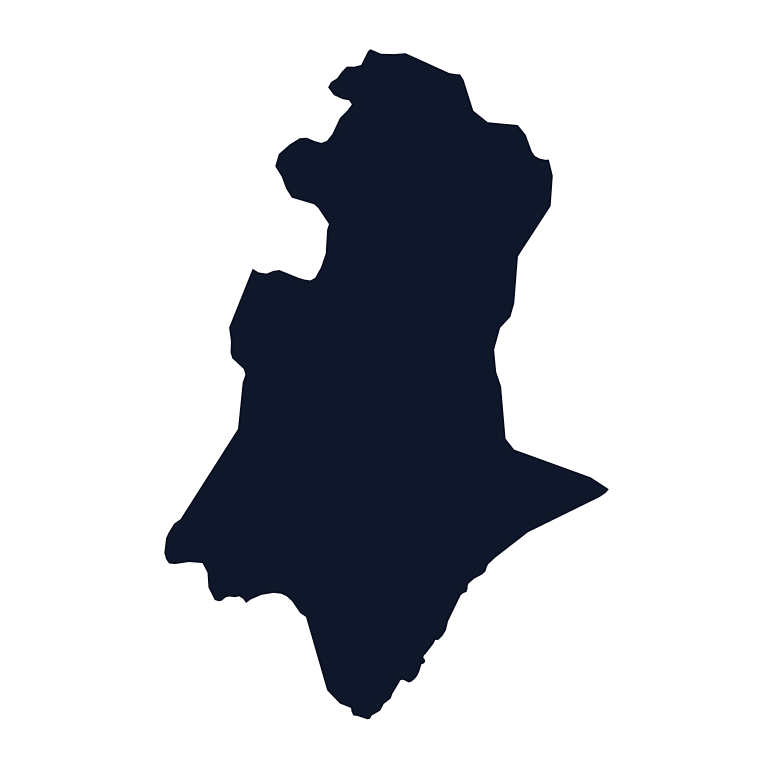 Lorestan, Albers equal-area conic projection, rotated 269°
{"feature_id": "IRN-3220", "entity_name": "Lorestan", "entity_type": "Province", "adm_level": 1, "iso_a3": "IRN", "parent_name": "Iran", "parent_adm1": "", "projection": "albers", "projection_center": [48.245, 33.479], "detail": "fine", "context": "isolated", "style": "filled", "palette": "ink", "viewbox_px": 768, "rotation_deg": 269, "n_neighbors": 0, "source": "natural_earth", "source_scale": "10m", "svg_char_len": 2141}
<svg xmlns="http://www.w3.org/2000/svg" viewBox="0 0 768 768"><g transform="rotate(269 384 384)"><path d="M718.1,376.3L713.5,386.5L712.9,400.2L713.6,411.1L693.0,454.4L691.9,460.3L691.5,465.0L686.5,468.1L655.2,477.4L643.2,491.9L639.8,521.9L630.2,529.4L613.4,535.2L608.6,538.4L605.8,543.6L604.5,549.6L604.7,552.1L589.2,555.6L559.3,553.0L509.6,519.4L462.7,514.9L449.4,510.9L438.5,500.4L416.5,493.9L394.0,495.6L379.2,500.3L326.9,503.8L315.5,512.5L286.3,588.8L274.7,605.8L272.0,603.4L267.9,597.2L234.0,525.0L209.3,492.0L202.4,484.3L199.3,482.7L195.3,481.5L192.6,478.4L188.5,470.4L183.5,464.4L181.2,463.4L178.1,463.2L175.3,462.2L174.2,459.1L172.0,456.4L146.1,443.2L137.1,440.9L131.8,437.5L128.0,433.6L128.0,430.2L124.3,428.5L113.9,420.3L113.0,419.2L111.8,418.2L110.2,417.8L108.7,418.1L107.7,419.2L106.5,419.5L105.0,419.0L104.3,417.8L104.0,416.5L103.7,415.9L95.8,413.3L92.0,411.4L89.2,409.0L86.5,405.6L86.0,403.4L88.4,399.1L88.8,396.5L88.0,394.3L85.8,393.4L74.4,386.2L70.0,384.6L64.6,377.5L58.0,373.9L53.4,365.4L50.1,363.5L49.9,361.5L53.3,351.8L53.9,348.0L57.6,346.5L61.2,346.1L66.0,334.7L79.2,322.5L152.9,302.6L157.1,296.7L168.9,288.9L173.9,283.7L176.8,278.0L177.9,270.0L176.1,257.6L171.5,246.5L168.6,242.5L172.3,240.0L175.3,235.1L174.5,233.2L174.3,230.4L175.0,225.8L174.6,222.8L173.6,220.8L172.2,219.2L170.9,217.6L170.4,215.1L171.7,211.5L183.8,205.7L198.7,205.0L208.9,199.8L210.2,185.7L208.4,172.1L209.0,166.4L213.0,163.8L219.1,162.2L233.4,164.2L238.6,166.6L247.6,172.4L251.8,178.7L341.4,238.0L387.8,243.5L395.6,246.4L401.8,244.8L412.8,233.4L418.2,231.9L429.3,232.5L443.0,230.9L500.3,255.0L497.0,260.4L495.6,268.6L498.2,275.4L499.0,281.2L490.7,300.7L489.0,306.3L488.0,312.3L490.7,317.6L501.5,323.8L515.4,328.8L539.1,330.6L544.9,332.7L561.6,321.9L565.6,317.7L572.5,295.6L581.7,290.1L593.3,286.1L603.7,279.9L615.3,283.5L624.6,294.5L630.4,304.2L630.8,310.9L627.5,318.2L625.3,325.7L627.4,331.6L634.4,337.4L650.3,345.2L657.6,352.7L664.1,357.7L669.0,354.4L670.3,347.8L674.3,339.5L681.6,334.2L686.3,336.9L689.8,342.9L696.6,348.0L701.2,352.7L701.0,360.1L702.7,367.2L716.2,374.3L718.1,376.3Z" fill="#0f172a" stroke="#020617" stroke-width="1.5"/></g></svg>